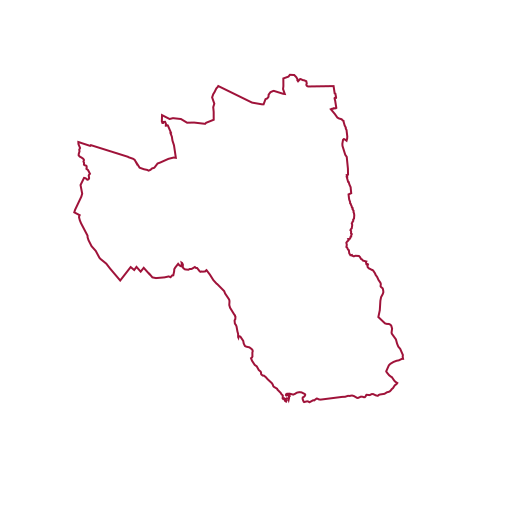 outline of Batarci, Satu Mare, Romania, rotated 64°
{"feature_id": "2599482B29173948913219", "entity_name": "Batarci", "entity_type": "district", "adm_level": 2, "iso_a3": "ROU", "parent_name": "Romania", "parent_adm1": "Satu Mare", "projection": "robinson", "projection_center": [23.175, 48.032], "detail": "fine", "context": "isolated", "style": "outline", "palette": "rose", "viewbox_px": 512, "rotation_deg": 64, "n_neighbors": 0, "source": "geoboundaries", "source_scale": "gbopen_adm2", "svg_char_len": 6104}
<svg xmlns="http://www.w3.org/2000/svg" viewBox="0 0 512 512"><g transform="rotate(64 256 256)"><path d="M432.1,184.7L430.1,185.9L428.5,186.4L424.4,187.0L423.8,187.5L421.6,188.6L417.8,189.5L416.7,189.5L412.5,184.5L411.8,182.5L411.5,178.8L411.8,175.5L412.4,173.4L412.4,170.1L412.9,168.9L410.8,168.3L409.4,167.4L402.7,167.1L400.0,167.8L399.1,167.8L396.5,167.6L392.3,166.8L385.3,168.0L384.2,167.7L380.9,165.5L378.0,165.0L377.0,165.2L375.8,165.9L375.2,166.6L374.3,168.3L373.1,169.6L364.5,172.8L359.0,168.5L350.7,163.8L347.8,161.6L345.8,158.8L344.5,157.5L343.4,157.0L341.3,156.4L340.4,156.4L338.7,157.2L337.8,157.3L335.9,156.1L334.6,155.9L331.2,156.4L328.0,156.3L325.1,156.8L324.0,156.6L320.9,157.0L319.6,157.4L319.2,158.1L318.0,158.8L316.9,159.8L315.1,160.5L313.8,160.2L312.6,159.0L312.2,159.2L312.3,160.1L311.9,160.4L309.4,159.8L309.2,159.4L307.0,161.9L305.6,162.2L304.7,162.9L302.6,163.0L301.1,163.5L299.4,166.5L299.2,168.2L297.7,169.6L297.1,169.4L296.7,170.8L294.4,171.0L291.5,170.0L290.5,170.5L288.4,170.4L287.5,170.8L285.8,169.5L283.7,169.0L282.9,167.7L282.9,167.2L282.3,165.8L281.2,165.7L281.7,164.3L281.1,163.3L280.3,162.7L280.1,162.5L280.2,161.9L279.1,161.3L278.3,160.3L277.4,160.7L275.3,159.6L274.2,159.8L273.5,159.0L273.2,157.9L270.3,155.9L268.6,155.6L268.1,154.6L267.5,154.2L267.1,153.2L265.9,152.7L265.3,151.5L262.4,149.8L260.6,149.2L259.2,149.1L258.3,148.5L256.0,148.7L255.4,148.1L254.3,148.5L253.4,148.2L251.6,148.2L250.7,148.0L250.0,148.3L248.5,147.7L246.2,147.5L244.3,146.9L241.2,145.8L241.3,142.9L236.7,141.2L235.7,140.8L233.0,140.7L233.3,140.8L230.1,140.3L229.8,140.7L224.7,139.8L224.8,139.3L223.0,139.0L223.2,137.6L217.8,135.1L206.7,131.0L204.1,131.4L194.9,130.0L193.0,129.2L189.8,126.9L189.4,125.9L189.8,125.3L192.1,124.1L190.4,122.6L188.7,121.6L182.4,119.4L180.9,119.5L179.9,119.0L177.6,119.1L174.2,118.5L172.9,118.1L172.1,118.7L170.6,119.1L168.7,121.2L167.2,122.2L162.9,122.9L156.9,124.4L157.0,122.9L157.6,121.7L157.3,121.4L158.2,119.6L158.1,118.9L151.2,116.8L148.8,116.3L148.5,116.1L148.4,115.6L148.9,114.7L148.6,114.5L144.9,113.5L144.3,114.0L137.3,111.8L126.5,134.8L125.8,135.5L124.8,135.8L124.0,135.6L123.1,134.7L120.9,134.2L119.0,135.9L118.5,136.8L116.8,138.1L116.3,138.7L117.4,141.6L116.1,141.8L115.2,141.2L112.9,141.4L110.1,142.3L108.0,146.1L109.0,148.2L108.4,153.6L115.3,156.9L117.8,158.5L123.0,159.1L122.0,160.6L115.4,167.6L115.2,168.3L115.1,171.2L116.5,173.9L118.4,175.0L119.3,176.8L119.2,178.7L123.0,182.7L122.4,184.0L116.4,192.3L86.7,215.4L87.3,216.3L88.0,218.2L90.5,221.4L91.8,223.5L94.2,225.9L100.8,226.7L103.5,229.2L108.0,230.9L115.0,234.3L114.4,242.4L114.9,243.8L108.9,253.2L106.0,259.5L100.0,263.4L95.7,270.2L95.0,273.6L88.2,278.7L93.7,281.6L95.4,281.8L95.7,281.1L94.9,280.5L95.5,278.9L97.7,279.0L99.4,280.0L99.5,279.9L99.3,278.7L100.0,278.0L108.0,278.4L108.0,279.0L111.8,279.3L115.7,280.5L120.6,281.2L132.6,285.0L131.4,286.9L130.3,292.1L130.0,301.3L129.7,303.9L131.9,308.3L132.1,309.2L131.7,310.9L132.3,313.1L132.2,315.1L130.9,316.1L128.9,318.7L125.6,321.9L120.3,322.5L120.5,322.7L116.4,322.9L114.7,323.9L111.2,327.4L110.8,327.5L84.0,355.8L84.4,356.5L84.3,356.8L75.7,365.7L77.5,366.5L81.8,366.8L83.0,368.3L84.5,368.7L86.7,370.7L87.9,371.3L89.7,370.7L90.8,369.8L92.8,368.7L93.9,368.5L94.4,368.6L95.5,369.7L96.9,369.7L98.5,370.6L99.3,370.2L100.3,369.1L100.9,368.9L101.9,369.2L103.3,370.2L105.1,369.3L109.3,369.2L109.9,370.6L110.4,371.1L112.7,371.8L113.3,372.2L113.7,373.7L113.5,374.2L111.7,374.9L110.8,375.7L110.4,376.3L115.3,382.6L123.8,384.9L126.1,387.0L135.2,398.4L137.1,400.2L142.0,396.6L142.7,397.5L143.7,398.1L146.7,398.7L149.9,398.9L163.8,398.5L165.5,399.2L168.4,399.6L175.1,399.5L181.2,397.8L189.0,397.5L190.4,397.1L197.3,393.9L203.2,392.7L218.5,388.8L211.0,373.5L215.2,371.6L213.4,368.2L219.5,366.5L217.4,362.1L225.5,359.8L225.4,359.6L229.8,358.5L232.0,355.6L235.1,347.6L236.1,343.4L237.6,342.1L236.7,339.9L237.1,338.8L233.9,336.3L232.0,335.2L231.0,333.7L228.9,329.4L230.7,329.0L232.0,328.2L232.3,327.9L230.8,326.2L229.4,325.8L229.9,325.5L231.7,325.5L234.1,326.8L235.4,326.5L236.9,325.7L238.7,322.8L238.6,321.4L239.3,319.9L239.4,319.1L239.1,315.8L240.3,315.3L241.0,314.2L245.2,313.3L246.0,312.6L246.0,311.9L246.8,310.6L247.5,308.7L247.6,308.2L247.2,307.6L247.0,306.7L252.5,305.6L259.0,304.9L263.8,303.5L264.1,303.2L273.6,300.0L276.2,300.2L282.7,299.3L284.0,299.3L285.5,299.9L288.3,301.5L291.1,302.0L299.3,301.2L300.2,300.9L300.9,301.2L301.6,301.1L303.7,302.3L304.1,303.0L304.7,303.6L307.5,304.6L309.4,304.3L310.8,304.4L315.8,305.8L318.1,306.2L321.1,307.6L321.5,307.6L320.8,307.1L320.6,306.4L321.5,305.5L322.1,305.3L326.7,304.7L329.3,305.4L332.0,305.4L333.2,304.5L335.2,302.0L337.7,300.7L339.0,300.4L340.0,300.6L341.2,301.6L344.8,303.3L345.4,304.1L345.7,305.3L348.4,305.5L353.3,304.9L355.5,303.7L359.7,303.5L361.9,302.5L363.1,302.6L364.1,303.1L364.9,303.1L366.5,302.3L366.9,301.4L369.2,300.3L371.8,299.6L377.2,297.5L378.9,297.3L380.3,297.5L381.2,297.4L384.6,295.2L385.5,295.3L389.9,293.8L391.6,293.7L392.5,293.2L393.2,293.1L395.7,294.5L396.3,294.3L396.0,293.5L396.1,293.1L396.6,292.9L397.1,292.7L397.8,293.3L399.0,293.4L400.0,292.8L399.3,292.0L398.3,292.5L397.5,291.6L397.4,290.6L398.1,289.9L398.6,289.7L399.7,289.8L398.1,288.5L397.1,288.1L396.7,287.3L396.6,286.3L396.3,287.0L395.6,287.2L395.8,287.9L394.8,288.6L394.7,289.9L394.1,290.1L393.5,289.6L393.4,288.5L394.5,286.1L396.9,283.3L397.0,281.0L396.8,279.9L396.8,278.9L397.4,276.7L398.5,274.9L401.4,272.7L402.0,272.5L402.6,272.8L403.2,273.6L403.6,274.7L403.6,275.9L404.1,276.4L405.1,276.8L406.9,277.0L408.0,277.0L408.4,276.8L408.9,274.2L409.3,273.2L410.9,272.0L410.7,267.8L411.3,267.1L410.7,264.0L411.0,263.5L412.6,262.2L413.4,260.9L420.4,240.3L421.6,237.6L422.0,234.7L422.9,233.0L423.2,231.6L423.6,230.7L424.8,229.4L427.9,227.3L428.3,226.5L428.4,223.3L429.3,221.8L430.2,221.0L430.6,220.1L430.2,219.0L429.4,218.1L429.2,217.5L430.8,214.9L430.9,214.3L430.8,212.7L431.4,211.3L433.8,209.4L435.0,207.9L435.0,207.3L434.7,206.6L434.8,205.4L436.2,200.9L435.9,198.0L436.3,196.2L436.3,195.0L435.6,193.1L435.2,192.5L434.8,190.8L433.1,188.0L432.7,185.8L432.1,184.7Z" fill="none" stroke="#9f1239" stroke-width="2"/></g></svg>